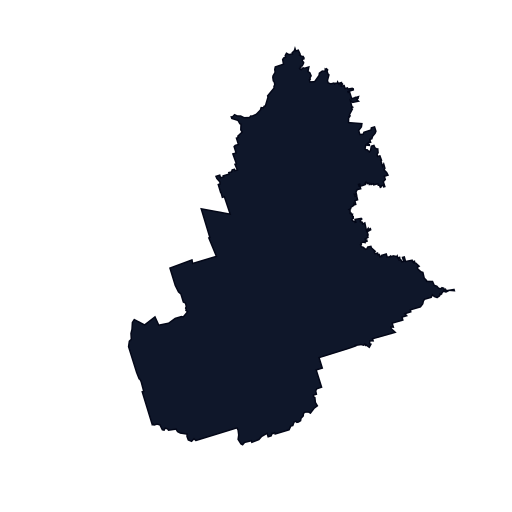 Toowoomba, Queensland, Australia (Mercator projection), rotated 335°
{"feature_id": "25037944B99590448240631", "entity_name": "Toowoomba", "entity_type": "district", "adm_level": 2, "iso_a3": "AUS", "parent_name": "Australia", "parent_adm1": "Queensland", "projection": "mercator", "projection_center": [151.96, -27.48], "detail": "fine", "context": "isolated", "style": "filled", "palette": "ink", "viewbox_px": 512, "rotation_deg": 335, "n_neighbors": 0, "source": "geoboundaries", "source_scale": "gbopen_adm2", "svg_char_len": 6110}
<svg xmlns="http://www.w3.org/2000/svg" viewBox="0 0 512 512"><g transform="rotate(335 256 256)"><path d="M248.3,417.7L247.9,413.8L249.5,409.2L248.6,407.8L249.3,406.3L252.3,406.8L253.1,403.4L255.0,402.0L260.0,402.6L262.4,384.7L268.7,385.6L270.2,374.7L302.2,379.0L308.3,379.6L308.3,379.0L313.9,380.7L315.8,382.3L317.4,381.7L317.4,383.0L318.0,382.9L317.8,383.5L318.5,383.7L320.1,386.6L322.9,384.5L321.8,383.4L323.4,381.0L326.3,382.4L326.6,380.2L349.9,384.0L347.8,379.0L348.3,377.3L350.4,378.5L351.0,374.4L362.0,376.1L362.5,373.1L367.3,373.8L366.5,371.2L372.7,372.0L373.1,370.0L383.5,371.6L386.9,369.8L388.6,367.6L390.4,366.4L397.3,367.5L399.5,365.7L400.5,368.1L402.6,370.2L405.4,369.7L406.6,368.2L407.1,369.0L408.4,368.7L408.6,368.0L411.1,367.2L412.9,368.9L416.7,368.8L421.1,371.3L421.3,370.0L413.8,367.9L413.7,366.1L412.3,365.9L412.5,364.5L411.1,363.3L410.1,363.9L407.9,362.6L407.1,359.8L405.1,357.9L405.2,353.7L399.9,351.1L400.2,350.2L399.1,347.1L400.3,341.4L398.8,340.0L397.1,336.0L397.5,334.4L399.5,334.2L397.8,330.0L395.5,328.7L397.0,329.0L397.4,327.7L395.4,327.4L395.7,325.8L389.2,324.2L390.0,319.5L388.2,319.2L387.6,323.3L385.8,323.0L385.6,320.5L384.0,320.3L384.3,318.6L385.4,318.8L385.6,317.9L383.6,317.6L384.0,315.6L383.3,316.0L380.5,313.9L378.0,313.7L378.0,312.9L376.4,313.2L374.4,312.4L374.9,309.2L369.9,308.5L369.7,309.6L367.9,309.1L368.3,306.7L367.1,306.5L367.4,304.7L364.9,304.3L364.8,302.5L366.0,302.1L364.0,297.5L364.2,295.8L361.0,295.1L359.5,296.4L358.3,296.4L356.7,293.2L355.3,292.2L355.4,290.1L356.3,290.2L356.6,288.7L358.6,288.6L360.5,289.9L360.6,289.2L362.9,289.5L363.1,288.3L362.0,288.1L362.1,286.7L365.4,286.4L365.7,284.2L366.5,284.3L367.0,281.0L371.0,280.7L371.2,279.5L369.7,279.6L369.1,279.2L369.3,278.4L366.8,279.8L368.6,272.0L366.2,272.1L366.5,270.2L365.1,269.0L365.8,267.7L367.5,267.2L367.3,266.4L361.2,264.7L360.8,267.6L359.9,267.4L360.1,266.3L358.8,265.7L358.1,263.8L359.4,262.7L360.0,263.0L360.8,261.3L360.0,260.6L361.1,258.9L360.1,258.6L360.3,257.3L359.4,257.1L360.6,254.1L360.0,253.2L361.7,253.2L362.7,251.9L365.7,251.5L366.8,250.0L367.0,251.2L368.2,251.4L369.0,247.6L371.8,248.0L372.6,244.1L371.0,243.9L371.2,241.6L373.0,243.0L373.6,240.2L375.8,238.6L379.3,239.3L379.7,236.9L378.8,236.3L379.1,234.4L380.5,234.6L380.2,236.8L382.5,237.2L385.4,237.4L385.5,236.2L386.7,235.6L386.4,236.4L387.7,236.6L387.6,237.5L389.1,237.7L388.9,239.1L390.7,239.0L390.6,239.9L393.0,240.2L392.8,241.3L396.9,242.0L396.7,243.5L397.8,244.1L397.7,246.3L398.7,246.2L399.2,245.3L401.0,245.6L400.9,247.3L402.1,247.5L402.8,242.4L405.5,241.3L406.0,238.0L409.8,238.5L409.7,235.5L408.4,232.0L409.9,231.0L410.6,226.6L408.5,228.2L409.5,222.1L410.2,222.2L410.6,217.6L408.2,217.2L408.7,215.0L410.3,214.0L411.6,210.4L410.6,210.0L409.5,208.2L409.6,205.6L406.9,205.2L404.6,208.6L402.7,209.6L401.6,206.7L400.5,206.2L400.1,204.9L402.3,201.8L405.4,203.6L405.8,202.8L404.4,201.2L406.2,200.7L407.9,201.4L408.4,198.4L410.5,198.7L412.2,196.8L415.8,195.1L417.4,193.6L418.0,189.1L414.7,188.6L413.5,190.4L406.1,189.5L404.6,191.0L401.5,189.8L402.1,185.6L406.1,183.5L407.9,180.8L396.2,174.2L398.3,170.0L399.3,169.5L399.2,168.9L400.5,168.8L400.4,167.4L405.4,163.6L405.0,162.8L405.4,161.9L406.5,161.9L406.0,161.0L407.2,155.0L408.5,157.6L414.3,159.0L413.4,156.9L415.1,156.2L414.5,155.0L415.5,155.6L416.2,154.9L409.2,153.9L410.1,146.9L408.7,146.8L408.8,145.8L414.4,146.6L414.8,145.6L414.1,144.7L410.0,143.6L409.9,142.3L407.5,141.9L407.9,138.8L405.0,138.4L404.6,137.7L407.1,136.8L406.9,136.1L404.9,136.0L406.4,135.7L406.7,134.9L405.0,134.6L403.8,135.3L403.5,132.8L402.7,133.8L400.9,133.0L400.0,133.4L399.7,132.2L396.5,131.6L394.5,129.5L395.0,127.0L398.6,122.7L398.2,122.3L398.3,119.0L399.6,117.5L399.0,116.1L398.2,116.5L397.8,115.8L396.7,117.8L394.2,116.4L390.7,117.1L389.5,119.0L382.8,122.8L378.4,121.0L378.9,118.8L379.9,118.7L380.1,117.4L382.1,116.0L382.2,112.6L381.0,110.8L383.8,107.0L379.5,106.4L378.2,105.4L375.7,106.2L374.9,105.4L374.8,104.3L376.3,104.2L376.5,103.0L378.2,103.2L380.4,101.5L381.0,100.6L380.4,98.9L381.2,97.3L382.7,97.6L383.2,96.8L383.0,95.0L381.9,94.6L380.4,92.2L381.3,91.8L381.3,87.3L378.7,87.0L379.0,84.5L377.6,86.1L374.7,87.1L374.5,88.3L371.0,87.4L369.3,85.1L367.2,86.7L366.9,88.4L364.8,88.2L363.2,89.2L362.0,93.8L353.4,92.8L351.8,94.9L351.0,97.6L347.5,100.0L346.7,101.3L345.7,104.6L346.1,105.6L345.6,108.4L343.9,110.0L343.4,111.4L334.2,115.8L334.1,117.0L327.8,124.1L326.8,123.7L325.3,124.8L323.4,123.7L321.7,125.6L316.1,127.7L311.6,127.6L310.4,126.9L308.6,127.8L303.6,125.6L301.3,122.7L298.1,121.1L296.3,118.9L293.5,120.0L292.4,119.5L292.2,121.1L297.0,125.5L297.3,129.3L298.1,130.3L295.5,135.3L295.9,137.8L290.2,139.7L290.1,141.2L288.1,140.9L287.2,147.5L284.0,147.0L282.4,147.6L281.5,154.2L278.2,153.7L277.2,164.2L275.7,164.0L275.5,170.2L272.9,169.8L273.1,168.3L270.8,167.9L269.4,169.5L266.6,168.9L266.3,170.4L260.2,169.5L260.1,170.6L256.9,170.1L257.3,167.4L253.4,166.9L253.3,169.2L254.6,173.6L253.9,175.5L252.0,175.3L250.8,183.5L251.2,183.6L250.3,188.6L252.4,188.9L250.3,207.2L226.3,190.1L222.0,219.8L220.9,219.7L220.0,239.6L195.4,236.0L196.3,232.5L172.9,230.6L170.4,248.6L170.6,255.8L171.9,258.7L170.7,267.0L172.2,268.9L171.5,272.3L170.2,273.5L170.2,274.9L169.5,275.7L170.5,277.6L164.3,280.5L162.9,279.4L156.4,278.4L148.5,280.0L138.6,277.6L138.7,268.5L125.9,271.4L118.8,262.2L115.9,264.0L112.6,270.1L110.0,273.3L107.8,278.8L105.2,279.7L102.2,284.3L98.6,311.1L98.2,317.9L98.8,318.9L98.8,321.4L97.0,331.4L95.5,331.0L90.7,365.1L91.9,365.0L92.1,366.1L95.2,366.5L97.6,368.5L97.7,373.9L99.1,375.0L101.0,373.6L102.8,375.3L103.1,376.9L110.4,379.1L110.7,382.0L112.6,384.5L118.3,388.3L117.2,390.4L116.9,394.1L119.3,396.7L122.6,395.4L123.5,397.8L166.1,403.7L166.2,406.2L164.7,410.9L162.3,414.6L163.0,420.0L164.1,421.4L166.9,420.1L173.8,421.5L173.5,423.1L181.0,423.6L184.8,421.9L191.1,421.4L190.6,425.0L193.7,425.4L195.7,423.4L196.3,424.1L198.3,423.9L198.1,425.4L212.5,427.5L215.7,424.8L217.7,425.2L220.2,422.6L222.5,422.7L222.7,424.0L224.2,424.4L226.8,424.1L228.2,422.1L231.2,420.9L232.5,418.7L234.5,418.2L237.8,419.7L238.9,421.4L244.4,418.5L248.3,417.7Z" fill="#0f172a" stroke="#020617" stroke-width="1.5"/></g></svg>